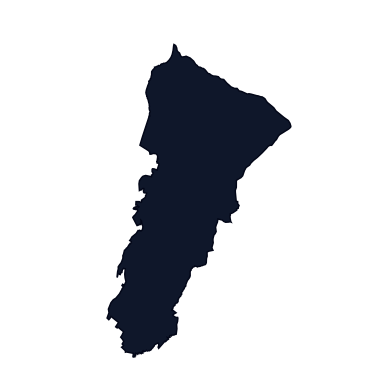 Asuaju De Sus, Maramures, Romania (Natural Earth projection), rotated 77°
{"feature_id": "2599482B13284448425950", "entity_name": "Asuaju De Sus", "entity_type": "district", "adm_level": 2, "iso_a3": "ROU", "parent_name": "Romania", "parent_adm1": "Maramures", "projection": "natural_earth1", "projection_center": [23.177, 47.572], "detail": "fine", "context": "isolated", "style": "filled", "palette": "ink", "viewbox_px": 384, "rotation_deg": 77, "n_neighbors": 0, "source": "geoboundaries", "source_scale": "gbopen_adm2", "svg_char_len": 6067}
<svg xmlns="http://www.w3.org/2000/svg" viewBox="0 0 384 384"><g transform="rotate(77 192 192)"><path d="M327.0,239.4L321.9,237.5L317.6,236.8L314.9,235.2L311.9,234.2L311.0,234.2L310.5,236.1L308.2,238.3L307.5,238.2L306.9,237.3L306.1,234.7L303.3,237.0L302.8,238.2L301.7,237.8L301.8,237.4L301.3,236.9L300.6,236.9L299.0,235.4L298.7,234.4L298.4,234.5L298.1,234.0L297.2,233.6L297.1,232.9L296.6,232.5L296.7,231.6L296.3,231.0L295.8,230.9L295.8,230.5L295.3,230.1L293.7,229.8L293.0,229.0L292.2,228.7L290.7,226.3L289.5,225.6L289.1,224.9L287.6,225.1L286.8,223.7L286.0,223.2L284.5,221.5L283.0,220.5L282.3,219.3L280.5,218.7L277.2,216.4L275.4,214.2L274.4,213.7L274.3,213.2L273.6,213.1L273.4,212.7L269.4,211.8L268.5,211.3L268.1,210.6L266.9,210.2L266.3,209.0L265.3,208.0L265.4,207.2L265.2,206.5L264.7,206.0L265.6,204.2L266.2,203.6L266.0,203.2L266.2,200.9L265.9,199.4L266.0,198.2L265.7,197.3L265.7,195.6L265.2,194.8L264.1,194.0L260.1,192.9L258.0,191.7L254.0,190.9L253.4,189.1L253.5,184.7L251.7,185.1L250.3,185.0L246.3,182.8L243.4,182.4L241.6,181.8L238.8,180.3L237.9,179.0L236.0,177.4L231.7,177.0L229.4,175.7L227.2,174.1L224.1,172.8L226.2,168.7L227.7,167.8L229.0,166.1L229.6,162.6L229.4,161.7L230.1,160.7L229.3,160.9L226.2,160.8L223.8,160.4L223.3,159.9L221.9,159.7L221.4,156.9L220.4,154.3L219.7,152.5L218.4,152.3L218.3,150.7L217.2,150.3L215.7,149.2L213.8,150.1L211.6,149.7L211.2,150.8L210.7,151.0L201.8,149.8L200.0,149.4L197.5,147.8L190.8,146.2L190.1,144.8L189.0,141.1L187.6,139.0L182.9,136.1L180.3,133.8L178.7,129.8L177.0,128.1L175.0,124.9L172.9,120.5L169.5,114.7L166.0,109.4L164.6,107.6L164.0,105.7L164.4,104.0L164.2,103.5L161.0,99.8L159.9,98.0L157.0,95.4L155.8,93.7L152.3,83.5L151.2,81.5L150.2,80.9L147.1,81.1L144.1,82.1L140.0,85.7L132.0,91.9L128.3,93.4L121.7,98.4L119.7,99.3L117.9,99.8L116.9,100.5L115.1,102.3L114.7,103.6L113.3,105.8L112.7,107.3L109.9,112.5L109.1,114.4L109.0,116.1L105.4,120.8L104.7,122.0L104.3,123.2L101.2,124.8L100.6,127.3L98.5,130.2L93.6,133.7L89.5,135.8L88.6,138.2L87.6,139.3L85.6,140.4L84.5,142.7L83.8,145.1L82.6,146.8L80.9,148.2L80.0,149.8L76.2,151.6L75.0,152.4L74.1,153.3L74.0,154.0L72.7,155.4L72.1,156.2L71.9,157.1L71.2,158.0L70.0,158.4L68.5,159.7L64.8,161.0L61.0,163.7L58.4,167.2L58.5,168.7L58.3,171.1L57.8,171.9L56.5,172.5L53.8,172.9L52.3,174.1L50.8,174.7L48.2,174.5L45.6,175.0L44.2,176.4L45.4,177.0L49.7,178.5L53.5,180.3L56.2,182.2L58.5,184.8L60.2,187.6L60.5,189.6L60.2,190.7L60.5,191.8L60.4,193.0L60.7,193.7L61.5,194.3L61.6,195.3L61.2,196.3L62.0,197.7L61.7,198.4L62.0,199.1L62.0,200.4L62.8,200.4L64.4,202.9L65.7,204.2L69.2,205.1L69.8,205.6L71.6,206.2L72.1,207.0L73.0,207.3L73.4,207.8L74.4,209.2L75.9,209.3L78.4,211.1L82.4,213.5L84.7,214.5L86.3,214.6L88.0,214.4L88.7,214.6L89.3,214.2L90.7,214.4L91.9,214.0L95.7,214.0L96.4,213.7L97.5,214.1L99.2,214.2L100.3,214.8L102.5,215.0L104.1,214.6L105.6,215.6L106.7,216.0L108.4,216.0L108.4,216.9L109.3,217.1L127.5,228.1L134.7,232.2L142.0,225.0L143.4,224.3L145.7,224.4L145.9,223.2L145.7,221.1L146.5,218.7L147.6,217.7L149.4,217.4L151.1,217.9L152.0,217.5L152.1,218.4L153.8,218.8L154.1,219.4L154.4,219.5L156.0,219.4L156.2,218.4L157.5,217.9L162.8,221.1L161.1,223.5L160.5,225.1L160.6,225.4L161.1,225.8L163.3,226.3L164.8,225.5L166.3,226.8L166.4,227.6L168.0,228.0L165.5,233.4L165.6,236.1L166.5,237.7L169.1,240.6L172.1,241.8L178.7,242.9L178.4,241.9L178.5,241.4L178.4,240.3L177.9,239.9L177.5,239.3L177.8,238.2L178.6,238.2L179.9,239.0L181.3,239.2L182.1,238.8L181.9,238.3L182.1,237.8L183.0,236.5L183.5,237.0L184.7,237.4L185.2,238.1L186.2,238.3L187.0,239.1L188.6,243.0L190.3,243.4L190.7,244.1L189.5,245.6L188.8,248.7L191.9,249.6L192.2,248.5L193.4,248.0L194.5,247.0L194.9,247.5L193.9,248.3L193.6,249.9L194.4,250.3L194.0,251.3L194.2,252.1L195.0,252.2L195.0,252.8L195.4,252.8L196.1,251.4L195.8,250.9L195.9,250.4L196.5,250.5L196.6,250.1L196.2,249.3L196.9,249.1L197.9,249.2L198.4,248.9L199.1,250.0L201.2,252.2L202.7,254.7L203.5,255.4L212.3,253.1L212.3,252.3L211.9,251.9L212.2,251.2L211.6,250.4L212.1,249.4L211.0,248.7L207.9,248.2L208.6,247.7L211.1,247.9L214.9,247.6L217.3,248.7L218.0,249.3L218.5,250.6L217.5,251.6L217.7,252.3L217.4,253.2L219.9,255.7L222.3,260.6L224.2,262.3L225.3,263.6L226.5,262.3L227.2,262.4L228.1,263.1L228.6,263.8L228.4,264.1L229.0,264.4L229.1,265.0L231.6,267.4L232.0,268.5L233.2,269.8L233.6,270.9L237.4,272.8L238.3,273.6L241.0,274.2L243.9,276.1L245.3,277.2L246.5,278.8L248.3,280.7L250.3,281.1L252.9,282.4L257.5,284.0L258.5,284.1L255.3,282.5L255.2,280.9L256.0,281.0L256.3,280.5L254.7,279.5L254.7,278.6L254.3,278.2L253.5,278.2L253.1,277.7L252.2,277.5L251.6,276.8L251.4,276.2L251.0,275.9L251.9,274.3L256.9,276.0L260.5,276.5L264.5,276.5L267.9,279.2L267.6,279.3L267.2,279.1L267.1,279.4L266.3,280.3L267.4,281.3L268.6,280.5L269.4,280.5L270.7,282.0L271.3,282.2L272.4,283.3L274.9,285.5L278.3,290.0L279.3,292.9L281.7,295.9L287.3,299.8L290.9,300.0L295.7,303.1L297.7,301.8L296.7,300.4L295.0,298.9L302.6,292.9L306.2,296.7L307.6,295.5L306.9,294.6L312.8,290.1L316.0,292.6L317.4,294.1L319.8,292.9L322.2,292.1L324.4,294.2L326.2,293.3L327.0,294.4L327.4,295.5L331.3,292.9L331.8,292.7L333.1,292.9L333.1,292.6L332.4,292.4L333.1,291.9L336.0,285.4L339.8,286.8L339.3,286.3L339.7,285.9L339.7,285.5L339.0,285.4L338.9,284.8L339.2,284.5L337.8,284.3L336.8,283.5L337.6,283.3L336.7,282.9L337.2,282.4L337.1,281.8L337.9,281.3L337.7,281.1L337.3,281.4L336.8,280.8L336.9,280.2L336.6,279.2L337.5,279.0L337.2,278.7L337.6,278.2L337.5,277.8L338.0,277.5L337.5,277.0L337.7,276.6L337.2,276.7L337.4,276.3L336.5,276.3L336.0,275.8L336.7,275.5L336.3,275.1L336.7,274.9L336.6,274.6L336.3,274.5L336.7,274.2L336.6,273.2L336.0,272.1L336.5,271.9L336.9,271.3L336.7,270.1L337.1,269.5L336.6,267.5L335.4,266.2L335.0,265.3L333.7,264.0L333.5,263.4L332.8,263.1L332.3,262.6L331.5,259.0L332.4,258.7L333.9,258.8L335.5,259.9L336.8,259.6L332.1,253.1L331.3,251.8L331.8,251.5L331.6,251.0L330.8,250.0L330.1,248.1L328.4,248.6L328.9,247.9L328.5,246.1L327.8,246.5L327.4,245.8L326.9,245.8L326.9,244.8L327.4,244.8L327.7,244.4L326.9,243.6L327.2,242.4L327.0,242.1L327.2,241.8L327.0,241.7L326.9,240.6L327.1,239.8L327.0,239.4Z" fill="#0f172a" stroke="#020617" stroke-width="1.5"/></g></svg>